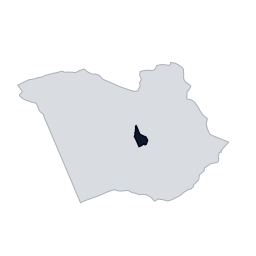 where Amolatar sits in Uganda, rotated 67°
{"feature_id": "UGA-3070", "entity_name": "Amolatar", "entity_type": "County", "adm_level": 1, "iso_a3": "UGA", "parent_name": "Uganda", "parent_adm1": "", "projection": "albers", "projection_center": [32.647, 1.635], "detail": "fine", "context": "in_parent", "style": "filled", "palette": "ink", "viewbox_px": 256, "rotation_deg": 67, "n_neighbors": 0, "source": "natural_earth", "source_scale": "10m", "svg_char_len": 2535}
<svg xmlns="http://www.w3.org/2000/svg" viewBox="0 0 256 256"><g transform="rotate(67 128 128)"><path d="M178.2,200.9L174.9,200.9L169.4,200.9L164.0,200.9L158.5,200.9L153.0,200.9L147.6,200.9L142.1,200.9L136.7,200.9L131.2,200.9L125.8,200.9L120.3,200.9L114.8,200.9L109.4,200.9L103.9,200.9L98.5,200.9L93.0,200.9L87.5,200.9L84.3,200.9L83.7,200.8L83.2,200.6L81.2,201.0L79.0,202.4L76.8,202.9L74.3,202.7L74.0,202.8L72.8,202.8L71.0,202.7L69.4,203.1L68.2,204.2L67.0,206.2L64.7,208.5L63.0,210.6L61.5,212.0L58.1,214.4L56.2,215.1L55.3,215.0L54.7,214.6L53.7,211.5L53.0,211.0L46.4,212.6L45.4,212.6L45.5,211.6L45.0,204.4L44.9,200.0L45.8,197.3L46.3,194.1L46.4,191.3L47.6,186.5L47.2,183.6L48.8,173.6L49.2,172.0L49.8,167.1L50.8,165.6L51.7,165.0L52.8,162.1L55.0,157.3L56.5,154.9L56.2,149.5L56.4,145.9L56.8,145.1L60.0,143.7L64.1,140.3L65.9,136.4L68.4,133.9L73.2,132.2L87.5,118.6L94.1,111.3L97.0,107.6L97.1,106.2L97.6,104.5L96.5,103.1L95.1,101.8L94.6,100.7L93.4,100.1L91.8,100.1L90.6,99.3L89.4,97.6L88.1,96.6L84.0,96.6L80.9,95.0L81.0,92.7L82.2,88.1L84.6,83.0L84.7,81.5L84.4,80.3L83.8,79.3L82.7,78.2L81.7,77.0L82.5,73.3L84.0,69.6L85.2,67.8L86.4,65.7L86.1,64.1L84.4,63.2L85.3,61.6L87.1,58.8L90.8,56.1L94.0,54.2L96.1,54.2L100.2,55.7L104.0,57.4L106.0,57.5L108.5,56.8L113.7,53.7L114.9,54.7L116.5,56.6L118.1,59.7L121.3,61.1L122.9,62.1L124.0,62.4L124.7,62.1L125.9,59.7L127.4,58.3L130.1,56.7L136.2,55.3L140.6,54.9L142.4,54.6L145.5,53.8L150.4,51.3L155.2,54.6L160.4,55.2L165.4,55.2L166.9,54.2L167.8,53.4L173.1,48.1L180.3,40.9L185.1,51.0L186.7,51.6L186.5,52.5L186.1,53.4L189.2,55.8L193.0,57.1L194.4,58.3L194.5,59.7L193.3,65.6L193.5,67.3L194.7,73.3L197.0,74.6L199.1,80.6L203.2,83.1L203.8,83.8L204.7,86.7L206.0,89.9L207.0,90.6L207.6,90.8L208.8,94.2L208.1,96.1L209.1,101.8L210.6,107.0L211.0,113.1L211.1,115.8L211.0,117.5L210.7,119.8L209.9,121.2L208.6,122.5L207.2,124.6L205.9,126.8L205.1,127.9L205.7,131.2L205.6,132.1L205.3,132.5L203.4,133.0L201.0,133.9L199.6,134.8L197.5,136.5L195.9,138.3L193.7,143.6L190.1,147.8L189.5,149.2L186.1,151.7L184.6,154.7L183.6,158.5L182.3,161.2L179.4,164.9L178.8,170.7L178.9,182.4L178.1,195.7L178.2,200.9Z" fill="#d9dde1" stroke="#a8b0b8" stroke-width="1"/><path d="M147.0,114.8L150.1,117.7L149.8,119.3L148.7,119.8L149.4,122.4L149.4,125.1L144.7,125.1L140.9,125.2L138.2,125.4L137.5,124.7L136.9,123.7L136.0,123.8L135.3,123.6L134.4,122.7L133.7,122.2L133.0,122.0L131.6,121.1L129.6,120.5L129.1,119.7L130.5,119.5L135.9,119.6L138.1,119.6L139.1,119.0L141.1,117.2L143.5,115.0L147.0,114.8Z" fill="#0f172a" stroke="#020617" stroke-width="1.5"/></g></svg>